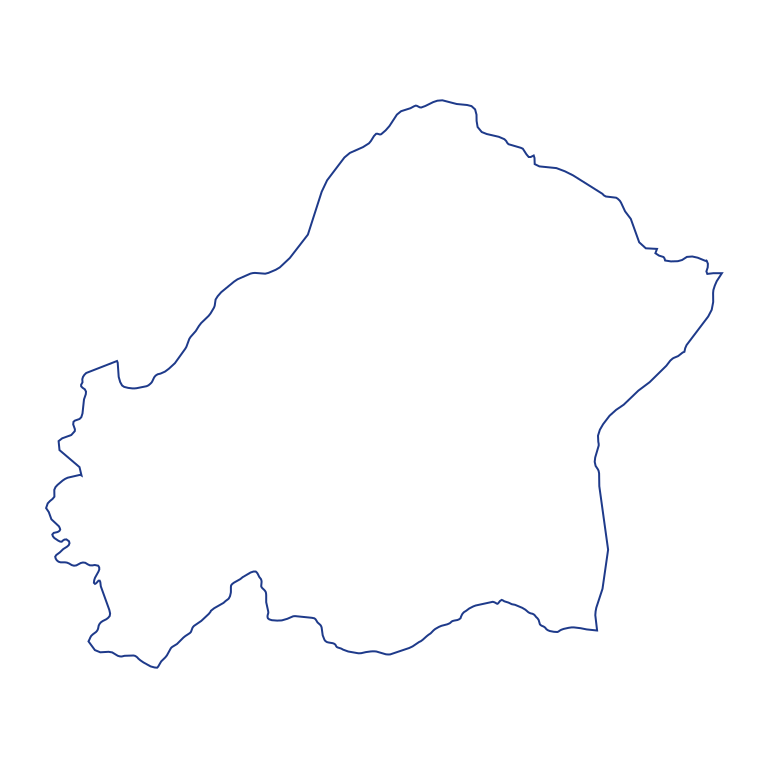 Plateaux, Mercator projection
{"feature_id": "COG-3346", "entity_name": "Plateaux", "entity_type": "Region", "adm_level": 1, "iso_a3": "COG", "parent_name": "Republic of the Congo", "parent_adm1": "", "projection": "mercator", "projection_center": [15.163, -2.009], "detail": "fine", "context": "isolated", "style": "outline", "palette": "blue", "viewbox_px": 768, "rotation_deg": 0, "n_neighbors": 0, "source": "natural_earth", "source_scale": "10m", "svg_char_len": 5807}
<svg xmlns="http://www.w3.org/2000/svg" viewBox="0 0 768 768"><path d="M721.9,273.2L716.7,281.2L714.8,285.6L713.4,290.0L713.1,293.0L713.2,302.0L711.7,309.8L708.2,316.5L687.3,344.1L686.6,345.0L685.2,348.2L684.4,351.8L682.7,352.5L678.1,356.1L674.0,357.8L672.7,358.5L670.3,360.6L666.3,365.8L649.6,382.2L638.4,390.6L623.7,404.7L616.2,409.8L609.6,415.7L603.1,424.2L599.9,429.7L598.0,435.7L598.3,441.8L598.7,443.9L598.7,445.6L595.2,457.5L594.7,461.8L595.6,465.9L598.0,469.5L598.6,470.9L599.1,473.4L599.3,486.2L608.1,549.7L602.5,588.8L596.3,607.7L595.6,611.4L595.3,615.2L597.1,630.5L596.9,630.5L586.6,629.4L580.6,628.2L573.9,627.4L571.6,627.4L568.7,627.8L563.7,628.9L561.2,629.8L559.6,630.7L558.7,631.4L557.9,631.8L557.3,632.0L553.9,631.8L549.7,631.0L547.6,630.1L546.2,629.0L545.4,627.9L544.5,627.1L543.3,626.4L542.0,625.9L540.8,625.2L539.9,624.3L538.7,620.1L538.0,619.0L537.2,618.0L536.2,617.1L534.6,615.1L533.6,614.3L532.3,613.7L530.8,613.4L529.5,612.9L528.3,612.2L525.4,609.7L522.2,607.8L515.0,604.8L511.8,604.2L508.5,602.6L504.3,601.3L502.9,600.4L501.7,599.9L500.0,601.0L498.1,603.4L497.2,603.8L494.5,602.3L492.8,601.8L475.7,605.5L473.3,606.4L469.2,608.5L466.3,610.7L463.9,612.2L462.9,613.3L462.2,614.2L461.0,616.7L460.6,618.1L459.3,619.2L457.5,620.0L454.2,620.6L452.7,621.0L451.7,621.5L450.2,622.9L449.6,623.3L447.3,624.3L441.5,625.8L438.9,626.9L435.2,629.0L433.5,630.4L430.7,633.3L429.7,634.0L428.6,634.7L426.6,636.3L422.7,639.8L420.8,641.2L419.1,642.0L412.6,646.4L409.2,648.0L390.2,654.4L388.3,654.5L385.9,654.3L376.3,651.5L374.0,651.3L371.1,651.4L365.9,652.1L361.1,653.2L358.5,653.3L348.2,651.5L343.0,649.6L342.0,649.0L341.0,648.5L337.8,647.5L336.8,647.0L336.4,646.5L336.1,646.1L335.8,645.4L335.3,644.6L334.3,643.8L332.8,643.2L328.6,642.5L327.0,642.1L325.9,641.4L324.9,640.5L324.3,639.4L322.7,635.3L321.6,627.4L321.1,626.1L320.4,625.0L317.5,622.4L316.1,620.1L315.4,619.1L314.3,618.3L311.9,617.8L295.0,616.1L293.1,616.3L287.3,618.8L281.8,620.4L277.2,620.6L271.9,620.2L269.3,619.4L267.9,618.3L267.5,616.9L267.6,615.4L268.3,612.9L268.3,612.2L268.1,610.9L266.2,602.2L266.2,595.4L266.1,593.8L265.8,592.2L265.2,591.1L264.3,590.0L262.5,588.3L261.7,587.4L261.2,586.2L261.6,581.8L261.4,580.3L260.9,579.0L259.3,577.0L257.5,573.4L256.7,572.4L255.7,571.5L253.6,571.5L250.6,572.5L242.6,577.2L240.3,579.1L233.9,582.7L232.2,584.0L231.1,585.4L230.9,587.0L230.9,591.8L230.8,592.8L230.0,596.2L229.2,597.7L228.9,598.3L228.6,598.7L228.3,599.0L225.6,601.0L223.5,602.9L214.2,608.2L210.9,610.8L210.6,611.6L208.9,613.8L201.3,620.9L194.0,625.9L193.1,626.9L192.6,627.6L192.3,628.3L191.0,631.8L190.4,632.5L189.8,633.1L185.4,636.0L183.4,637.6L177.0,644.0L172.4,646.8L171.6,647.4L170.8,648.3L166.9,655.4L165.3,657.4L161.2,661.4L158.1,666.7L157.1,667.7L154.7,667.5L150.6,666.4L143.4,662.4L140.2,660.2L138.2,658.5L137.4,657.5L136.4,656.7L135.1,655.9L133.6,655.5L124.6,655.8L121.7,656.5L119.9,656.4L117.8,655.8L112.2,652.4L108.6,651.8L100.3,652.3L94.9,650.1L88.5,641.4L89.8,638.7L90.2,637.7L91.2,635.9L92.9,634.3L96.0,632.0L96.9,631.0L97.6,629.9L98.1,628.6L98.7,625.6L99.5,624.0L100.8,622.4L102.6,621.1L106.4,619.2L108.2,617.8L109.7,616.0L110.1,613.5L109.3,609.9L100.8,586.3L100.3,582.1L99.7,580.7L98.5,580.7L96.2,583.2L95.0,583.9L93.9,582.8L94.2,580.2L95.0,577.8L98.5,571.5L99.3,569.4L99.2,567.4L98.2,565.7L94.8,565.0L92.3,565.4L89.8,565.3L87.7,564.3L85.3,562.8L83.0,562.5L80.8,563.0L76.3,565.4L74.0,565.7L71.8,565.1L69.1,563.5L66.9,562.6L64.7,562.3L60.5,562.3L58.5,561.7L56.8,560.3L55.7,558.6L55.2,556.7L56.3,555.0L59.8,552.4L63.2,549.1L67.0,546.7L68.7,545.2L69.5,543.2L69.0,541.3L66.4,539.4L64.4,539.6L62.8,540.6L61.7,541.7L60.2,541.6L58.3,540.7L54.3,538.0L52.9,536.3L52.3,534.5L53.7,532.9L57.3,532.1L58.6,531.5L59.5,530.8L60.2,529.6L59.9,528.4L59.0,526.4L51.4,519.3L48.8,512.1L46.1,508.1L47.7,503.4L50.0,501.0L52.5,499.0L54.4,496.7L54.3,489.8L55.5,487.1L57.6,484.8L62.7,480.5L65.1,478.9L67.7,477.7L80.3,474.8L81.5,475.5L79.5,467.1L59.5,450.1L58.6,441.1L62.2,438.3L71.3,435.0L74.8,431.1L74.9,429.2L73.2,424.4L73.5,421.8L74.9,420.6L79.5,419.0L81.3,417.2L82.5,413.4L84.0,399.4L85.8,394.2L86.0,391.6L84.8,389.3L82.6,387.8L81.2,386.4L81.1,384.8L82.5,382.3L82.3,379.2L83.0,376.9L84.3,374.9L86.2,373.0L117.0,361.0L117.7,362.7L118.7,376.9L120.2,382.1L122.1,385.5L124.2,386.9L128.2,387.9L132.4,388.4L134.6,388.4L136.6,388.2L146.6,386.2L148.5,385.3L150.3,383.8L151.4,382.7L152.1,381.7L154.2,377.3L155.6,375.6L157.6,374.3L160.5,373.6L165.0,371.6L168.9,368.7L174.9,363.2L185.3,348.7L186.4,346.8L189.3,338.9L190.6,336.9L195.8,331.0L198.9,326.0L201.2,323.0L208.6,315.9L210.5,313.5L214.0,307.6L214.7,305.7L215.6,299.5L217.7,296.2L221.2,292.2L234.1,281.6L237.5,279.3L250.5,273.6L252.7,273.1L254.9,272.9L265.2,273.7L268.4,272.9L275.7,269.8L279.8,267.4L289.8,258.0L307.9,234.6L321.7,191.7L327.1,180.3L344.4,157.5L349.9,152.9L363.0,147.1L369.0,143.3L370.9,141.0L374.0,136.0L376.1,133.8L377.2,133.7L380.0,134.5L381.2,134.2L385.6,130.4L389.4,126.1L396.9,114.6L401.1,111.2L410.5,108.2L414.0,106.3L415.8,105.6L417.0,105.9L419.7,107.3L421.2,107.5L425.3,106.0L433.2,102.1L437.4,100.7L442.4,100.3L456.7,104.0L467.1,105.0L471.5,106.1L475.1,109.4L476.5,114.7L476.6,120.9L477.6,127.0L481.7,132.0L486.7,134.0L498.8,136.8L504.4,139.2L506.2,141.0L507.2,142.8L508.5,144.2L520.8,147.8L522.8,148.7L526.5,154.4L528.7,157.0L530.7,157.0L533.7,155.5L534.5,158.0L534.7,164.1L539.4,166.4L556.4,168.1L564.9,171.3L573.1,175.4L602.4,193.8L603.9,195.4L605.9,196.5L616.1,197.7L617.7,198.7L619.8,200.7L621.0,202.6L625.1,211.4L630.8,218.9L639.2,242.3L645.8,248.3L657.0,248.9L655.4,253.2L659.0,255.6L663.5,257.0L664.5,258.4L665.1,260.5L670.9,261.4L677.8,261.2L682.1,260.0L686.9,256.9L692.3,256.5L697.7,257.7L705.5,260.9L706.4,260.5L706.7,260.8L707.9,263.8L707.7,267.4L706.4,271.4L707.3,273.9L713.3,273.2L721.8,273.2L721.9,273.2Z" fill="none" stroke="#1e3a8a" stroke-width="2"/></svg>